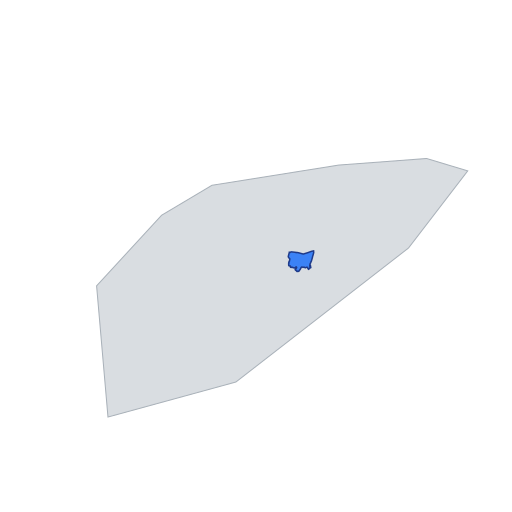 Thamazo, Dennery, Saint Lucia (highlighted), rotated 50°
{"feature_id": "8701671B30671419360126", "entity_name": "Thamazo", "entity_type": "district", "adm_level": 2, "iso_a3": "LCA", "parent_name": "Saint Lucia", "parent_adm1": "Dennery", "projection": "natural_earth1", "projection_center": [-60.943, 13.934], "detail": "fine", "context": "in_parent", "style": "filled", "palette": "blue", "viewbox_px": 512, "rotation_deg": 50, "n_neighbors": 0, "source": "geoboundaries", "source_scale": "gbopen_adm2", "svg_char_len": 3194}
<svg xmlns="http://www.w3.org/2000/svg" viewBox="0 0 512 512"><g transform="rotate(50 256 256)"><path d="M339.6,352.4L284.2,472.9L176.4,397.3L164.1,302.1L173.5,244.3L239.5,134.2L290.9,62.7L326.9,39.1L347.9,134.0L339.6,352.4Z" fill="#d9dde1" stroke="#a8b0b8" stroke-width="1"/><path d="M299.4,224.3L299.5,224.3L299.8,224.2L299.9,224.3L300.0,224.3L300.1,223.9L299.9,223.6L299.8,223.3L299.8,223.2L299.9,222.7L299.7,222.3L299.7,222.1L300.0,221.8L300.1,221.7L300.0,221.4L299.9,221.3L299.8,221.2L299.7,221.2L299.6,221.3L299.6,221.2L299.4,221.1L299.3,221.3L299.2,221.4L299.2,221.5L298.9,221.4L298.7,221.3L298.6,221.2L298.4,221.0L298.4,220.8L298.4,220.7L298.2,220.4L298.0,220.5L297.8,220.6L297.7,220.7L297.7,220.8L297.6,220.7L297.4,220.4L297.3,220.2L297.2,220.2L296.9,219.8L296.9,219.7L296.6,219.3L296.6,219.2L296.5,218.9L296.4,218.7L296.3,218.4L296.2,218.2L295.9,217.8L295.8,217.7L295.7,217.6L295.7,217.3L295.6,217.0L294.6,215.5L293.5,213.9L292.8,213.0L291.9,211.6L290.5,209.6L289.1,208.6L288.5,209.7L288.0,210.7L286.7,214.3L285.7,216.6L284.9,218.5L283.8,219.3L281.2,221.1L280.0,222.0L279.4,222.8L279.3,222.7L275.6,226.2L275.4,226.6L275.2,227.1L275.3,227.4L275.2,227.8L275.0,228.0L274.6,228.1L277.1,231.6L278.0,232.0L278.8,232.0L279.3,231.9L279.6,231.9L279.8,231.9L280.1,232.0L280.3,232.3L280.5,232.6L280.7,232.8L280.9,233.1L281.1,233.3L281.4,233.6L281.4,233.8L281.4,234.0L281.5,234.2L281.7,234.3L281.7,234.6L281.8,234.8L281.9,235.0L282.1,235.1L282.3,235.1L282.6,235.3L282.8,235.9L283.1,236.1L283.3,236.3L283.5,236.4L283.6,236.5L283.9,236.7L284.1,236.9L284.3,236.9L284.4,237.0L284.5,237.0L284.5,236.9L284.8,236.8L285.0,236.7L285.3,236.6L285.4,236.4L285.5,236.4L285.7,236.2L285.8,236.2L285.9,236.3L286.0,236.3L286.2,236.5L286.3,236.5L286.5,236.7L286.9,236.8L287.0,236.7L287.2,236.4L287.3,236.3L287.4,236.2L287.5,236.2L287.6,235.9L287.6,235.7L287.8,235.6L288.0,235.5L288.0,235.4L288.3,235.3L288.4,235.2L288.5,235.2L288.8,235.1L289.0,235.0L289.0,234.9L289.1,234.7L289.3,234.5L289.4,234.4L289.5,234.4L289.8,234.2L290.0,234.1L290.3,233.9L290.5,233.8L290.5,233.6L290.4,233.4L290.2,233.2L290.1,232.9L290.0,232.7L290.1,232.4L290.3,232.1L290.6,232.2L290.8,232.2L291.0,232.3L291.1,232.5L291.3,233.0L291.5,233.5L291.6,233.8L291.5,234.0L291.4,234.2L291.4,234.3L291.4,234.5L291.6,234.7L291.7,234.8L291.9,234.8L292.2,234.8L292.8,234.7L293.2,234.6L293.4,234.5L293.6,234.5L293.9,234.6L294.0,234.6L294.2,234.4L294.3,234.2L294.4,234.3L294.5,234.2L294.8,233.8L294.9,233.7L295.0,233.5L295.0,233.4L295.1,233.2L295.2,232.8L295.1,232.7L295.1,232.4L294.9,231.9L294.9,231.7L294.8,231.3L294.7,231.1L294.7,230.9L294.6,230.5L294.5,230.4L294.4,230.2L294.3,229.8L294.1,229.5L294.0,229.3L294.0,229.1L293.9,229.0L293.9,228.9L293.8,228.7L293.8,228.4L293.8,228.2L294.0,228.0L294.0,227.9L294.2,227.7L294.3,227.7L294.5,227.5L294.6,227.4L294.8,227.2L295.0,227.2L295.1,226.9L295.2,226.7L295.3,226.6L295.4,226.4L295.5,226.3L295.6,226.2L295.8,226.2L296.3,226.0L296.4,225.9L296.6,225.9L296.8,225.7L296.9,225.4L296.9,225.2L297.0,224.9L297.0,224.7L297.2,224.4L297.3,224.2L297.5,224.0L297.8,224.0L298.0,224.0L298.3,224.1L298.6,224.2L298.9,224.2L299.1,224.3L299.4,224.3L299.4,224.3Z" fill="#3b82f6" stroke="#1e3a8a" stroke-width="1.5"/></g></svg>